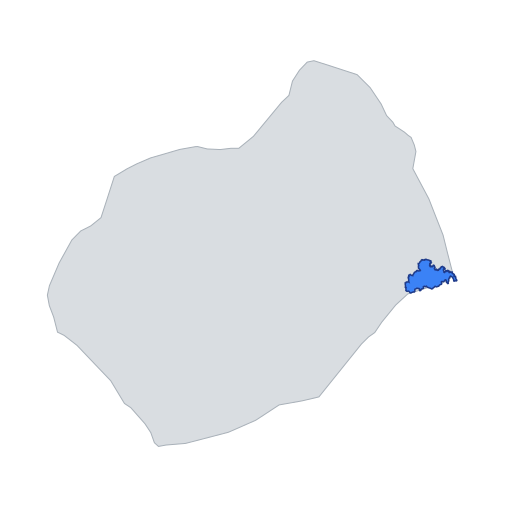 Metsi-Maholo, Mafeteng, Lesotho (highlighted), rotated 187°
{"feature_id": "5366337B55767639194071", "entity_name": "Metsi-Maholo", "entity_type": "district", "adm_level": 2, "iso_a3": "LSO", "parent_name": "Lesotho", "parent_adm1": "Mafeteng", "projection": "orthographic", "projection_center": [27.155, -29.616], "detail": "fine", "context": "in_parent", "style": "filled", "palette": "blue", "viewbox_px": 512, "rotation_deg": 187, "n_neighbors": 0, "source": "geoboundaries", "source_scale": "gbopen_adm2", "svg_char_len": 6118}
<svg xmlns="http://www.w3.org/2000/svg" viewBox="0 0 512 512"><g transform="rotate(187 256 256)"><path d="M344.6,352.5L329.3,357.2L327.2,357.5L317.5,356.3L304.4,357.3L294.2,359.8L286.2,360.8L273.1,374.5L249.3,411.7L242.9,419.4L241.1,434.1L235.5,445.7L228.8,454.7L222.3,456.9L202.7,453.2L177.7,448.3L163.2,437.0L150.3,422.1L143.5,411.3L136.4,405.4L133.9,402.0L123.7,397.0L119.9,394.4L116.5,392.6L112.4,385.4L110.0,379.2L111.0,361.8L103.8,351.5L91.4,333.8L83.6,319.3L72.9,299.6L66.4,282.6L59.5,265.1L60.4,257.6L66.9,252.4L86.0,243.6L100.8,236.8L111.4,224.3L123.1,205.7L128.8,194.5L134.4,189.4L140.6,181.5L151.4,164.1L163.5,144.6L176.4,123.8L192.7,117.8L214.9,111.0L236.3,92.9L261.9,77.7L303.1,61.4L322.3,57.4L329.6,55.1L334.1,58.3L338.9,67.9L345.8,76.0L361.8,90.2L368.6,93.6L385.0,114.5L402.6,128.9L422.8,145.5L436.7,153.8L443.7,156.2L449.4,170.8L455.1,181.6L458.3,191.7L457.4,201.4L450.5,225.2L440.7,249.5L433.0,259.5L423.7,265.7L414.5,275.2L410.7,294.7L406.3,317.7L394.4,327.0L385.3,333.1L372.6,340.5L344.6,352.5Z" fill="#d9dde1" stroke="#a8b0b8" stroke-width="1"/><path d="M91.3,272.2L91.5,271.7L91.7,271.1L91.8,270.8L92.5,270.3L92.7,269.5L93.3,268.4L94.0,268.3L93.9,268.1L93.9,267.5L93.6,266.8L93.3,266.6L93.4,266.2L93.5,266.1L93.5,265.9L93.6,265.7L93.3,265.0L93.4,264.8L93.3,264.6L93.3,264.1L93.3,263.9L92.9,263.6L92.8,263.3L92.7,263.3L92.6,263.2L91.5,262.3L91.5,261.8L91.2,261.5L91.7,261.2L92.7,261.1L93.0,260.9L94.0,261.0L94.1,261.3L94.6,261.2L95.1,260.5L95.1,260.0L95.6,259.9L96.7,259.1L97.1,258.3L97.1,258.0L97.3,257.6L97.8,256.7L98.0,256.3L98.0,255.6L99.2,255.8L99.4,255.7L100.2,256.1L100.5,256.5L100.9,256.4L101.0,256.2L101.3,255.9L101.6,255.7L101.8,255.4L102.0,255.4L101.9,254.9L101.7,254.6L101.9,254.5L101.9,254.1L102.1,254.1L102.1,253.9L102.2,253.6L102.3,253.4L102.0,253.0L102.1,252.8L101.9,252.6L102.0,252.3L101.8,252.1L101.8,251.8L101.6,251.4L101.5,251.0L101.6,250.6L101.5,250.1L101.3,249.8L101.3,249.7L101.2,249.2L101.3,249.1L101.2,248.9L101.4,249.0L101.7,248.8L101.9,248.9L102.4,248.7L102.6,248.7L102.9,248.5L103.1,248.6L103.3,248.5L103.6,248.5L103.9,248.2L104.1,247.4L104.6,247.4L104.4,246.0L104.3,245.7L104.0,244.7L103.8,243.8L103.9,243.7L104.1,243.3L103.8,243.0L103.6,242.8L103.3,242.8L103.4,242.5L103.0,241.1L103.1,240.3L103.1,240.2L102.6,239.9L102.6,239.7L102.2,239.5L102.1,239.4L101.4,239.4L100.6,239.7L99.9,239.6L99.4,239.2L98.9,238.5L98.5,238.4L98.2,238.2L97.9,238.2L97.6,238.3L96.6,239.0L96.0,239.2L95.4,239.6L94.6,239.5L94.2,239.9L94.1,240.1L94.1,241.0L94.3,241.9L94.3,242.3L94.1,242.5L93.2,242.9L92.6,243.5L92.3,243.7L92.0,243.7L91.3,243.4L90.5,243.7L90.1,243.6L89.9,243.4L89.9,243.2L89.6,242.2L89.3,241.6L89.1,241.5L88.4,241.8L88.2,242.0L88.4,242.4L88.4,242.7L88.2,242.8L87.7,243.4L87.4,243.5L85.9,244.3L85.8,244.6L85.8,244.9L86.2,245.5L86.2,245.9L86.0,246.1L85.2,246.5L84.8,246.5L84.2,246.3L83.9,246.2L83.3,246.7L83.2,246.8L82.6,246.3L82.2,245.9L80.5,245.5L78.8,245.2L77.7,244.7L76.9,245.0L76.6,245.2L76.5,245.6L76.3,245.9L75.5,246.5L74.7,247.7L74.5,247.8L73.7,247.4L72.8,247.4L72.5,247.6L72.0,248.0L71.4,248.1L71.0,248.2L70.9,248.6L70.2,249.7L69.1,250.2L68.6,250.5L68.4,250.7L68.4,250.9L68.4,251.3L68.7,252.0L68.8,252.7L68.8,253.2L68.6,253.3L68.2,253.4L67.4,253.3L66.8,253.5L65.9,254.2L65.4,255.4L65.2,255.5L64.8,255.5L64.6,255.4L64.1,254.7L63.9,254.2L63.9,253.4L63.7,253.1L62.5,252.2L62.3,252.0L62.0,252.1L61.8,252.3L61.8,252.5L62.1,253.2L62.1,253.7L62.0,254.0L61.7,254.5L61.6,254.9L62.0,256.0L61.9,256.4L61.6,257.4L61.0,258.8L60.8,259.5L60.5,259.8L60.3,259.8L59.0,259.3L58.1,258.4L57.0,256.8L56.8,256.2L56.8,255.7L56.5,255.2L56.3,255.2L56.1,255.2L55.7,255.6L54.1,255.7L53.9,255.9L53.7,256.1L53.7,256.3L53.8,256.6L54.7,257.6L55.0,258.1L55.1,259.1L55.4,259.8L55.5,260.1L56.1,259.8L56.2,260.1L56.6,260.4L56.8,260.1L57.0,260.0L57.1,260.4L56.9,260.6L57.0,260.8L56.8,261.4L57.0,261.8L57.4,262.1L57.6,262.1L57.7,262.3L58.0,262.4L58.5,262.5L58.7,262.4L59.0,262.5L59.1,262.9L59.2,263.0L59.3,263.4L59.3,263.5L59.1,263.6L59.2,263.9L59.2,264.0L59.7,264.0L59.9,263.9L60.9,263.6L61.4,264.1L61.7,263.8L61.7,263.5L61.6,263.3L62.1,263.1L62.3,263.5L62.5,263.5L62.7,263.9L62.9,264.1L62.9,264.3L62.6,264.6L62.9,264.8L63.2,264.7L63.5,264.4L63.8,264.5L64.0,265.0L64.3,264.7L64.2,264.4L64.3,264.3L64.5,264.7L64.9,264.5L65.2,264.6L65.3,264.6L65.8,264.5L65.8,264.4L65.5,264.2L65.6,263.8L65.8,263.8L66.0,263.6L66.4,263.6L66.7,263.5L66.7,263.4L66.6,263.1L66.8,262.6L67.4,262.7L67.6,263.1L67.6,263.7L67.8,264.1L68.0,264.2L68.1,264.5L68.4,265.0L68.0,265.4L67.8,266.2L67.5,266.3L67.2,266.0L67.0,265.9L66.8,266.0L66.7,266.1L66.7,266.3L67.7,267.5L68.0,267.5L68.0,267.0L68.2,266.9L68.4,266.9L68.5,267.0L68.3,267.7L68.3,267.8L69.0,268.0L69.3,268.2L69.8,268.4L70.4,267.9L70.6,267.9L70.6,267.7L71.0,267.4L71.0,267.2L71.3,266.9L71.3,266.7L71.5,266.6L71.4,266.4L71.6,266.1L71.8,266.1L72.0,265.8L72.1,265.6L72.3,265.4L72.6,265.4L72.8,265.2L72.6,265.1L73.0,264.9L73.4,265.0L73.5,264.9L73.3,264.6L73.2,264.4L73.2,264.1L73.6,264.1L73.7,263.9L74.1,263.8L74.3,263.9L74.5,264.2L74.9,264.1L75.2,264.3L75.3,264.4L75.4,264.6L75.6,264.3L75.8,264.5L76.0,264.3L76.2,264.1L76.6,264.1L76.8,264.6L77.0,264.7L77.2,264.8L77.3,265.3L77.5,265.6L77.3,265.9L77.3,266.0L76.9,266.2L77.0,266.4L77.1,266.5L77.2,266.8L77.4,267.3L77.8,267.9L77.9,268.2L78.5,268.6L79.0,268.4L79.2,267.9L79.2,267.4L79.5,267.0L79.8,266.8L80.0,266.8L80.3,267.1L80.6,266.9L80.8,267.0L81.0,267.2L80.9,266.8L81.1,266.6L81.3,266.7L81.4,267.0L81.7,267.0L81.9,266.8L82.2,267.1L82.3,267.4L82.2,267.4L82.2,267.5L82.5,267.8L82.4,268.0L82.5,268.4L82.4,268.8L82.3,269.0L82.6,269.2L82.6,269.4L82.6,269.6L82.4,269.9L82.2,269.7L81.9,269.9L81.7,270.1L81.8,270.3L81.5,270.4L81.7,270.8L81.4,271.1L81.6,271.2L81.7,271.3L81.7,272.3L81.9,272.5L82.2,272.6L82.4,272.6L82.5,272.5L82.5,272.3L82.6,272.2L82.9,272.3L83.0,272.6L83.6,272.9L84.0,272.9L84.5,273.1L85.2,273.0L85.6,273.1L85.8,273.0L86.4,273.4L86.9,273.4L87.2,273.2L87.5,273.3L87.7,273.1L87.9,272.9L88.3,272.9L88.3,272.7L87.9,272.8L87.9,272.6L88.2,272.4L88.4,272.5L89.1,272.3L89.6,272.5L89.8,272.5L90.0,272.3L90.3,272.4L90.4,272.6L90.5,272.6L90.5,272.4L90.5,272.2L91.3,272.2Z" fill="#3b82f6" stroke="#1e3a8a" stroke-width="1.5"/></g></svg>